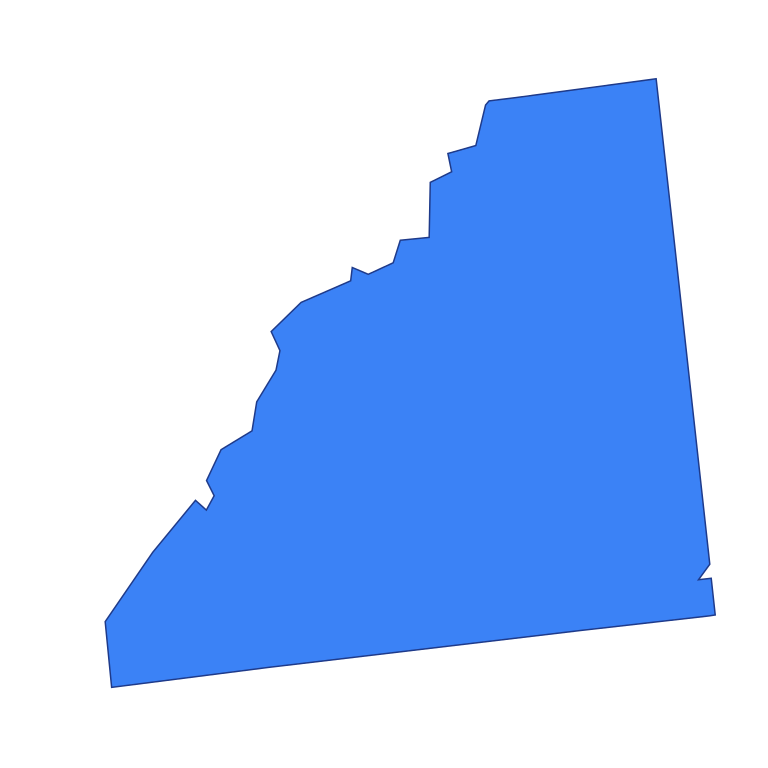 Mitchell, Georgia, United States of America, rotated 353°
{"feature_id": "52423323B1848134729501", "entity_name": "Mitchell", "entity_type": "district", "adm_level": 2, "iso_a3": "USA", "parent_name": "United States of America", "parent_adm1": "Georgia", "projection": "natural_earth1", "projection_center": [-84.237, 31.26], "detail": "fine", "context": "isolated", "style": "filled", "palette": "blue", "viewbox_px": 768, "rotation_deg": 353, "n_neighbors": 0, "source": "geoboundaries", "source_scale": "gbopen_adm2", "svg_char_len": 613}
<svg xmlns="http://www.w3.org/2000/svg" viewBox="0 0 768 768"><g transform="rotate(353 384 384)"><path d="M548.4,652.6L678.5,653.8L684.6,653.6L685.1,616.7L672.3,616.6L685.4,602.6L689.5,274.3L691.3,114.2L549.1,115.8L522.8,115.8L518.8,119.5L504.2,158.5L475.5,163.0L477.0,181.6L454.5,189.5L446.7,244.0L417.7,243.3L407.9,264.8L381.7,273.2L366.7,264.5L363.5,277.5L311.7,292.9L278.4,318.2L284.8,338.2L278.5,357.1L255.5,386.2L247.3,414.4L214.3,429.3L196.1,458.2L201.8,474.2L192.3,487.5L182.7,476.5L134.0,522.8L78.3,585.9L76.7,651.9L235.1,651.2L548.4,652.6Z" fill="#3b82f6" stroke="#1e3a8a" stroke-width="1.5"/></g></svg>